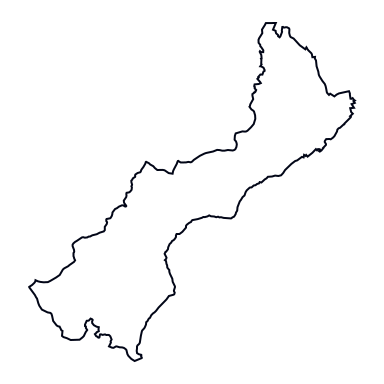 outline of Tarcaia, Bihor, Romania
{"feature_id": "2599482B54145766653742", "entity_name": "Tarcaia", "entity_type": "district", "adm_level": 2, "iso_a3": "ROU", "parent_name": "Romania", "parent_adm1": "Bihor", "projection": "orthographic", "projection_center": [22.29, 46.58], "detail": "fine", "context": "isolated", "style": "outline", "palette": "ink", "viewbox_px": 384, "rotation_deg": 0, "n_neighbors": 0, "source": "geoboundaries", "source_scale": "gbopen_adm2", "svg_char_len": 5931}
<svg xmlns="http://www.w3.org/2000/svg" viewBox="0 0 384 384"><path d="M141.8,357.6L141.0,356.0L141.4,355.1L141.2,354.8L139.0,354.3L137.1,353.2L136.7,350.9L137.0,348.4L137.0,346.5L137.5,345.4L139.0,344.1L139.8,342.8L140.9,335.7L141.9,331.2L142.2,330.5L144.3,328.2L145.0,326.9L146.0,324.5L146.2,322.2L147.4,321.2L148.8,318.6L150.0,317.8L151.2,315.3L153.0,313.4L154.5,312.4L156.1,310.8L158.6,307.5L166.5,299.4L168.9,296.0L173.6,294.7L174.2,294.3L174.5,293.5L174.7,292.5L174.0,291.4L173.9,290.6L175.0,287.0L174.9,286.3L172.7,281.8L172.3,278.7L169.9,273.7L169.3,271.7L169.3,270.1L167.3,267.6L167.1,265.2L166.5,264.0L166.0,261.0L164.9,260.1L166.2,258.8L166.5,257.6L164.6,253.8L165.5,251.9L166.0,251.8L167.7,249.6L168.0,249.1L168.2,247.3L169.6,244.1L171.2,242.6L172.0,241.1L173.8,240.0L175.1,238.5L176.0,236.9L175.9,235.7L176.4,234.2L176.6,234.0L179.5,234.0L182.4,231.8L186.0,227.6L186.0,225.9L186.7,224.8L189.3,222.8L191.0,222.0L191.8,220.6L192.4,220.1L197.7,219.1L201.9,217.8L203.3,217.0L204.8,217.1L207.5,216.4L209.2,215.4L211.0,216.3L214.2,216.5L216.2,217.2L218.1,216.7L219.4,217.4L221.0,217.2L223.7,217.9L230.7,218.4L231.4,218.3L232.4,217.4L234.1,216.6L235.6,214.2L236.0,212.6L237.2,210.6L237.5,207.2L239.8,201.3L240.8,200.1L242.6,197.1L244.5,195.5L245.6,192.2L246.7,190.4L249.6,187.7L250.1,187.5L251.6,187.4L253.7,185.5L255.5,185.2L257.0,184.0L259.0,183.4L259.7,182.1L261.4,182.5L264.9,179.3L266.5,178.4L267.9,176.8L272.1,176.5L275.1,175.6L278.4,176.0L281.1,175.3L283.2,173.0L285.1,170.0L291.4,163.9L295.2,161.0L297.2,160.4L301.9,156.9L303.6,157.4L304.1,154.9L305.6,155.9L306.2,155.0L307.6,156.6L312.4,152.8L315.9,149.1L316.9,150.2L318.0,149.1L319.7,149.2L320.4,150.2L319.1,151.1L319.8,151.6L321.4,150.5L323.4,148.0L323.2,147.8L325.9,145.0L326.0,144.1L324.7,141.9L324.9,140.9L326.2,139.1L329.4,139.0L330.7,139.3L332.8,137.8L334.4,136.2L337.0,131.5L337.4,129.6L338.6,128.3L340.0,127.8L343.6,124.5L344.0,124.5L344.2,124.3L344.0,124.1L344.7,123.3L350.7,117.3L350.9,116.8L350.1,116.2L352.8,113.7L351.2,112.1L350.2,108.2L354.0,107.8L351.6,104.1L354.8,102.9L353.5,101.1L354.8,100.5L353.8,99.7L352.6,98.1L351.4,98.8L350.5,98.7L349.9,94.9L349.9,93.5L349.0,91.2L339.0,93.4L336.6,94.6L334.4,96.4L330.2,93.7L329.0,94.9L327.2,93.0L326.8,92.1L326.2,88.8L325.6,86.1L324.8,84.0L322.3,80.8L319.5,76.3L318.8,74.7L318.3,71.6L316.6,66.3L316.0,60.5L314.8,58.4L315.0,56.9L312.4,57.2L311.9,54.3L311.3,53.2L308.4,50.4L307.1,48.7L306.9,48.0L306.4,47.3L305.3,49.3L299.8,45.3L293.6,38.5L290.7,37.1L289.9,35.8L289.2,33.0L289.4,29.4L289.1,28.4L287.1,27.3L286.0,27.2L284.1,27.6L283.7,27.5L283.0,26.9L282.3,27.0L281.8,30.9L282.1,31.8L280.4,36.3L279.6,37.3L278.1,36.2L278.1,35.1L276.1,33.3L275.8,32.2L275.6,30.8L273.0,29.7L275.8,23.0L265.8,23.1L264.9,25.0L262.0,29.6L262.3,33.2L259.1,38.3L258.5,39.9L258.6,42.8L260.2,44.8L260.3,46.2L261.4,47.4L263.3,50.3L263.2,52.1L261.1,52.1L260.0,51.2L259.7,51.8L261.3,55.0L261.6,58.4L261.0,58.7L261.4,59.6L261.2,63.8L261.6,64.3L260.3,66.3L261.2,66.4L263.5,67.7L264.6,70.0L264.6,70.9L263.5,71.5L262.4,74.6L260.4,74.5L258.2,77.0L258.7,77.6L257.4,78.9L260.2,82.1L260.8,83.1L258.7,84.0L254.6,84.4L254.2,86.2L254.9,87.1L254.6,87.6L254.7,88.4L256.1,89.9L255.8,90.3L256.0,90.5L255.5,91.6L254.4,92.3L254.6,92.5L252.4,94.1L252.4,95.5L253.2,99.1L250.3,104.3L249.8,106.5L249.5,106.8L251.4,109.4L253.3,110.7L254.0,111.5L255.1,115.3L255.3,118.9L253.7,124.1L251.0,127.3L247.5,130.7L246.3,131.4L245.1,131.6L242.4,131.4L235.7,133.4L234.9,135.7L234.6,139.5L234.7,139.9L236.0,141.4L236.6,143.2L236.8,144.5L236.4,147.0L235.4,149.1L234.5,149.9L232.8,150.5L227.9,150.0L224.4,150.7L222.3,150.7L219.8,150.1L217.1,149.9L213.1,151.5L206.1,153.0L204.4,153.6L199.9,155.8L193.8,159.9L192.0,161.7L190.8,162.3L188.3,161.9L186.0,162.4L180.8,162.5L179.0,161.5L178.4,160.9L177.9,161.0L177.5,161.7L176.8,163.8L173.8,169.5L173.1,171.1L172.6,173.7L168.7,173.1L164.6,170.3L162.8,169.9L157.3,170.0L154.9,168.1L153.3,166.2L150.2,164.5L148.9,163.2L146.1,161.8L145.8,162.0L145.3,163.7L143.4,167.0L141.4,169.7L140.7,171.7L140.1,172.3L137.6,173.0L135.4,174.5L135.1,175.2L135.2,176.5L135.1,176.9L132.8,178.4L132.3,179.6L131.3,180.7L131.4,182.2L132.1,184.7L131.8,185.6L131.4,186.2L131.9,187.4L131.6,189.8L130.2,191.6L129.0,192.4L126.6,192.8L126.3,193.9L126.5,195.5L126.2,197.1L123.8,200.6L124.0,202.4L124.4,203.3L126.2,205.7L126.2,206.2L125.8,206.5L125.3,206.5L124.6,206.3L123.4,205.4L122.0,205.3L119.0,206.6L116.9,208.2L115.1,209.0L112.5,212.4L112.3,214.2L111.8,215.9L110.7,217.8L110.1,218.3L106.6,219.0L106.3,219.4L106.3,221.1L107.1,222.2L107.0,222.9L106.7,224.1L104.8,226.8L104.8,230.1L103.8,231.4L99.6,232.7L96.8,234.2L92.3,235.3L90.1,236.5L88.6,236.6L87.3,237.4L84.9,237.7L83.2,237.2L82.0,237.4L76.5,241.1L75.2,241.8L73.4,243.4L72.6,244.7L72.6,246.1L74.0,249.8L74.2,251.5L74.0,252.3L73.5,253.0L73.5,256.2L74.0,257.5L74.2,258.5L75.1,260.3L74.0,261.9L69.4,265.1L68.2,266.2L64.3,268.3L62.9,269.5L59.7,275.0L56.1,277.5L50.3,280.9L47.9,282.1L43.6,282.3L40.3,281.9L37.9,281.3L35.5,280.2L35.3,281.5L34.3,282.9L32.1,285.0L29.2,286.9L29.3,287.4L34.9,295.0L36.2,297.5L37.0,298.5L38.3,303.2L39.3,305.7L41.9,309.6L47.6,312.4L50.4,312.9L51.4,313.8L52.0,315.5L53.2,321.0L56.7,325.5L58.3,326.4L59.6,326.6L61.4,330.3L62.5,330.9L62.0,335.9L63.5,337.1L66.7,338.1L70.7,340.0L79.6,339.7L82.5,337.4L83.8,336.1L85.7,332.1L87.2,330.0L85.9,328.0L85.9,326.5L85.0,326.1L85.0,324.6L86.7,320.8L88.3,320.7L89.0,320.4L90.6,318.6L92.2,319.3L92.7,320.0L92.1,321.4L92.2,323.1L93.9,325.2L96.6,326.7L98.8,327.2L98.5,329.2L98.8,331.2L96.7,332.2L96.5,332.7L94.9,334.1L96.2,336.2L97.2,336.6L98.1,337.5L98.9,337.7L99.4,337.4L100.0,334.5L100.9,334.3L102.6,334.9L105.0,334.4L106.3,335.0L108.1,334.9L109.1,335.1L110.3,336.3L111.6,339.5L110.6,341.3L110.9,342.6L109.0,346.4L112.1,347.7L113.6,347.8L115.8,346.5L116.6,346.4L119.7,347.3L122.1,347.4L123.9,347.9L125.6,349.1L126.4,350.0L127.4,354.1L128.4,355.9L131.3,358.9L134.6,361.0L141.7,358.1L141.8,357.6Z" fill="none" stroke="#020617" stroke-width="2"/></svg>